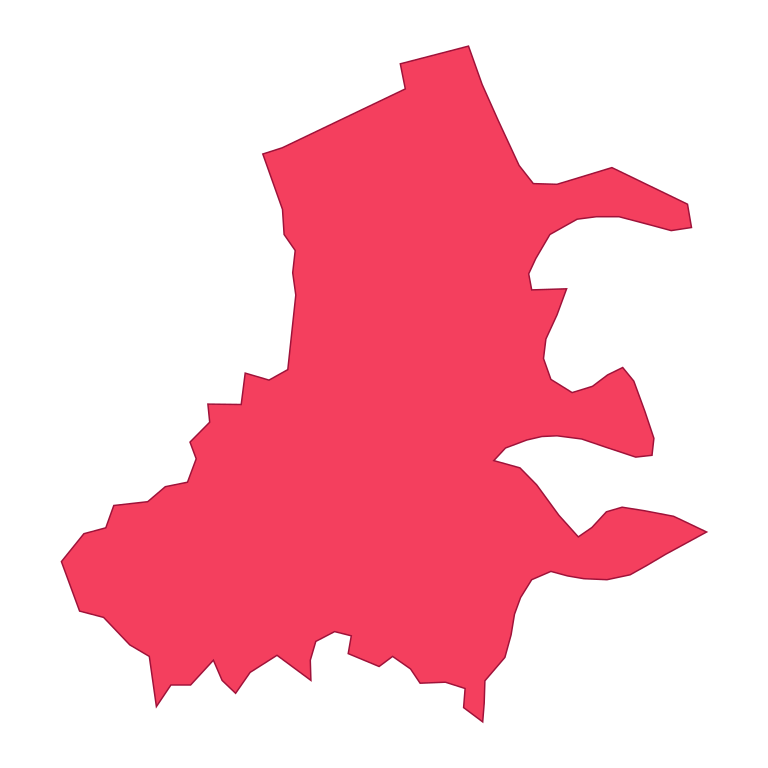 the district of Sagrada Família, Rio Grande do Sul, Brazil
{"feature_id": "56859067B13063970392536", "entity_name": "Sagrada Família", "entity_type": "district", "adm_level": 2, "iso_a3": "BRA", "parent_name": "Brazil", "parent_adm1": "Rio Grande do Sul", "projection": "mercator", "projection_center": [-53.123, -27.702], "detail": "fine", "context": "isolated", "style": "filled", "palette": "rose", "viewbox_px": 768, "rotation_deg": 0, "n_neighbors": 0, "source": "geoboundaries", "source_scale": "gbopen_adm2", "svg_char_len": 1493}
<svg xmlns="http://www.w3.org/2000/svg" viewBox="0 0 768 768"><path d="M262.8,154.0L282.5,209.4L284.1,234.5L295.2,250.5L292.7,272.8L295.8,295.1L287.8,369.6L269.0,380.1L245.2,373.1L241.2,404.5L207.9,404.1L209.7,422.2L190.0,442.1L196.2,458.8L187.5,482.2L165.3,486.7L147.7,501.7L113.8,505.5L105.8,527.8L83.9,533.7L61.4,561.6L79.6,611.1L103.6,617.4L129.8,644.9L149.3,656.4L156.4,706.6L170.9,685.0L190.6,685.0L213.4,660.2L222.1,680.4L235.6,693.3L250.1,672.4L277.0,655.3L310.9,680.4L310.3,660.2L315.8,641.4L334.6,631.6L351.3,635.8L348.2,653.6L379.1,666.5L392.6,656.4L410.5,668.9L420.1,683.2L445.4,682.2L465.1,688.5L463.6,707.6L482.7,721.9L484.2,703.1L484.9,680.8L504.9,657.4L511.1,634.8L514.5,614.2L520.6,597.5L531.7,579.7L550.9,571.4L567.5,575.9L583.9,578.7L607.0,579.7L630.1,574.8L647.4,565.1L665.6,554.3L706.6,532.0L673.6,516.3L644.3,510.7L622.1,507.2L606.4,511.8L591.9,527.5L578.3,536.9L558.9,515.3L536.7,484.9L520.0,467.9L493.8,460.6L505.5,448.0L526.8,440.0L541.9,436.5L557.0,435.8L581.7,439.0L606.1,447.3L635.7,457.1L652.0,455.3L653.9,438.3L644.9,411.4L633.8,381.1L622.7,367.5L607.6,374.9L592.5,386.3L572.1,392.6L550.9,379.4L543.5,358.5L545.9,339.0L557.0,314.9L566.6,288.8L531.7,289.9L528.7,273.8L535.8,258.5L549.9,234.5L577.1,219.2L596.5,216.7L619.0,216.7L652.0,225.4L671.2,230.6L691.5,227.5L687.5,204.2L611.9,167.6L557.0,184.3L533.3,183.6L519.1,165.5L498.4,120.9L482.1,84.4L468.5,46.1L400.3,63.8L405.3,88.9L282.2,147.8L262.8,154.0Z" fill="#f43f5e" stroke="#9f1239" stroke-width="1.5"/></svg>